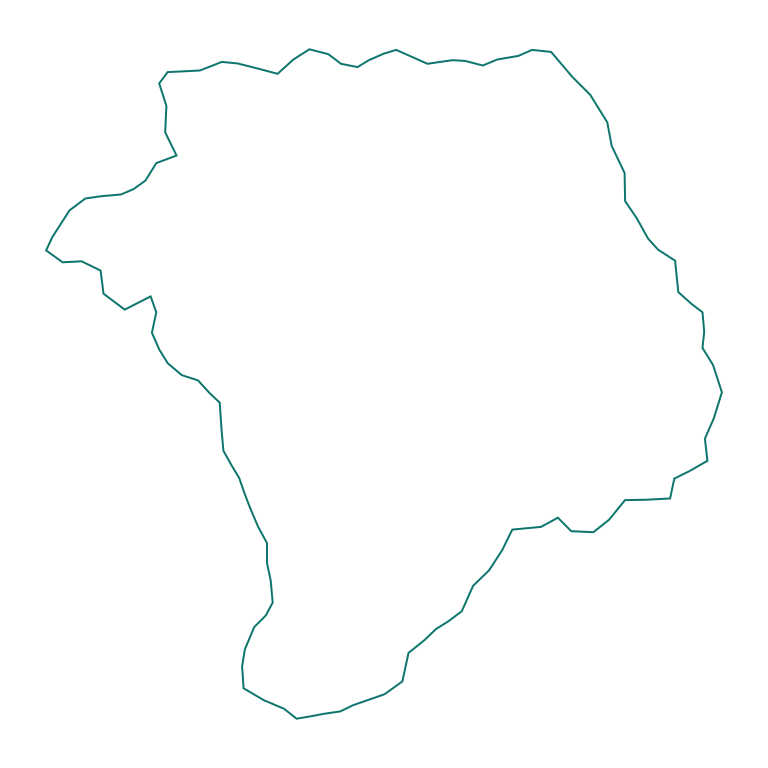 Itobi, São Paulo, Brazil (Equal Earth projection)
{"feature_id": "56859067B58801249909217", "entity_name": "Itobi", "entity_type": "district", "adm_level": 2, "iso_a3": "BRA", "parent_name": "Brazil", "parent_adm1": "São Paulo", "projection": "equal_earth", "projection_center": [-46.929, -21.758], "detail": "fine", "context": "isolated", "style": "outline", "palette": "teal", "viewbox_px": 768, "rotation_deg": 0, "n_neighbors": 0, "source": "geoboundaries", "source_scale": "gbopen_adm2", "svg_char_len": 1486}
<svg xmlns="http://www.w3.org/2000/svg" viewBox="0 0 768 768"><path d="M243.6,688.3L263.8,700.2L284.1,708.8L296.6,718.7L310.2,716.4L324.0,713.8L340.3,711.4L353.1,705.2L384.6,694.2L402.4,681.4L408.5,652.9L424.6,640.0L435.9,629.1L448.5,621.2L461.8,611.2L473.1,585.8L489.2,570.2L502.2,550.1L512.3,529.6L540.9,526.9L557.9,517.7L571.3,531.2L593.4,532.2L609.2,519.6L625.0,500.1L644.7,499.8L670.1,498.5L674.3,478.6L689.6,471.0L707.4,460.8L704.9,438.6L713.8,418.4L721.9,392.3L713.0,364.9L702.5,348.0L704.2,331.8L702.5,312.3L691.6,304.0L678.3,292.1L675.1,260.7L658.1,249.7L648.0,238.5L636.6,218.0L625.1,201.1L624.6,173.0L611.7,145.9L607.3,122.4L590.3,94.9L572.5,77.1L551.1,51.9L532.1,49.9L518.3,55.9L497.3,59.5L482.8,65.5L465.0,60.9L452.4,60.2L440.4,61.9L427.5,63.8L412.0,56.9L396.2,49.9L383.9,53.6L368.8,60.2L357.5,67.1L341.0,63.8L328.4,54.2L309.4,49.3L293.4,59.5L277.6,73.8L257.6,68.5L237.9,63.5L221.9,61.9L199.9,70.5L167.6,72.1L159.2,83.4L166.4,105.9L165.2,132.3L176.5,155.5L156.3,163.1L145.4,180.6L133.4,189.2L120.8,194.5L101.3,196.2L85.3,198.5L69.5,210.4L52.5,236.8L46.1,250.4L62.6,262.3L81.6,261.3L100.6,270.6L103.5,293.7L124.7,309.6L150.6,296.4L156.3,312.3L151.9,332.8L159.3,349.6L167.7,363.2L181.7,375.1L198.0,380.4L210.1,393.6L219.7,402.6L221.4,427.7L223.4,450.8L232.0,466.1L239.2,478.0L244.1,492.2L250.0,507.7L258.2,526.9L267.0,543.1L267.0,563.0L270.7,580.5L272.7,602.6L265.8,615.5L254.2,627.1L244.9,649.3L242.1,666.5L243.6,688.3Z" fill="none" stroke="#0f766e" stroke-width="2"/></svg>